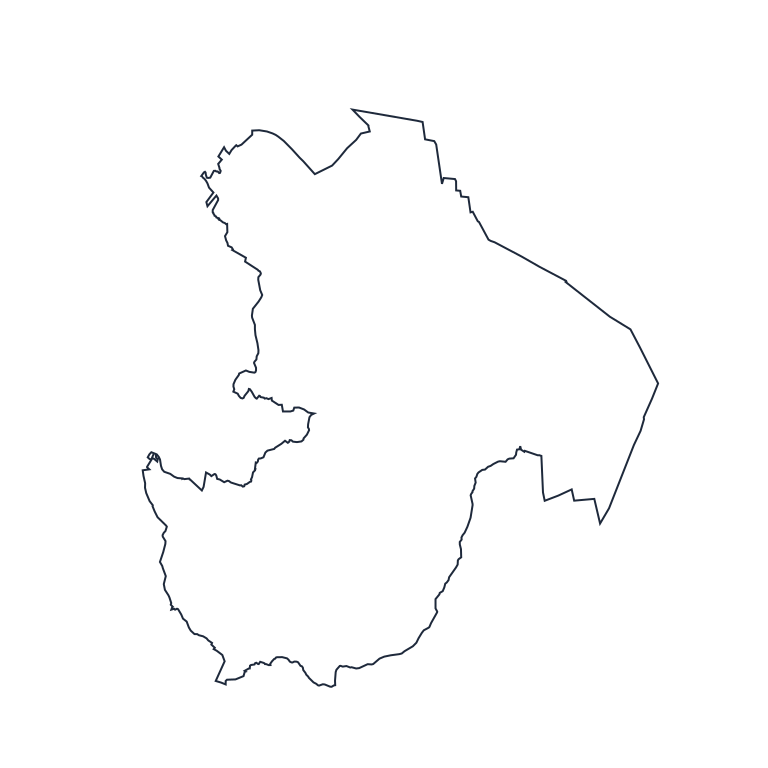 Emiliano Zapata, Hidalgo, Mexico (Natural Earth projection), rotated 345°
{"feature_id": "50627088B36596593410465", "entity_name": "Emiliano Zapata", "entity_type": "district", "adm_level": 2, "iso_a3": "MEX", "parent_name": "Mexico", "parent_adm1": "Hidalgo", "projection": "natural_earth1", "projection_center": [-98.616, 19.664], "detail": "fine", "context": "isolated", "style": "outline", "palette": "slate", "viewbox_px": 768, "rotation_deg": 345, "n_neighbors": 0, "source": "geoboundaries", "source_scale": "gbopen_adm2", "svg_char_len": 6166}
<svg xmlns="http://www.w3.org/2000/svg" viewBox="0 0 768 768"><g transform="rotate(345 384 384)"><path d="M522.3,271.6L517.7,252.1L516.7,251.1L514.3,240.6L512.0,240.6L513.8,225.4L507.1,222.9L507.6,217.1L503.8,215.7L506.1,206.8L505.6,204.4L495.0,200.5L491.8,205.7L496.4,166.2L495.4,162.4L487.0,158.3L489.1,140.9L484.1,138.3L424.6,110.8L429.6,119.8L435.9,130.3L435.6,131.2L435.6,136.4L426.5,136.1L420.3,141.0L409.4,146.7L398.0,154.9L390.4,159.6L371.5,163.4L363.6,147.8L361.1,143.6L355.9,133.5L350.1,123.3L345.9,117.7L343.9,115.4L341.2,113.1L336.3,109.8L329.2,106.6L322.3,105.1L321.2,109.1L308.3,115.9L304.1,116.6L303.1,115.1L302.3,115.5L297.3,118.6L294.1,121.7L291.7,117.8L290.8,113.9L282.9,121.4L285.4,125.3L280.8,128.5L281.0,132.7L280.8,133.6L281.4,135.9L280.3,137.6L279.4,137.6L278.4,135.7L277.0,135.3L276.3,134.4L274.8,134.1L269.6,139.7L267.6,139.5L266.4,139.0L266.2,138.2L266.1,135.6L266.4,133.6L266.0,132.7L264.8,133.0L261.4,135.8L261.9,136.1L262.4,137.6L263.8,139.6L264.7,141.8L265.4,144.5L265.8,149.0L268.8,154.9L259.5,162.3L259.5,166.6L270.9,158.6L271.8,161.8L271.4,163.4L263.6,171.6L263.0,173.7L263.4,174.3L263.2,175.1L263.9,176.5L263.8,177.5L265.1,178.7L265.2,179.8L266.8,180.8L266.5,181.0L266.8,181.8L267.3,181.4L267.7,181.7L267.6,183.0L268.3,183.4L270.3,186.2L271.9,187.3L272.9,188.8L273.9,188.8L272.0,196.8L268.7,200.0L268.7,204.4L269.3,207.2L269.1,210.1L272.2,212.6L272.9,214.9L272.1,215.3L283.3,226.3L281.5,229.8L291.7,241.1L292.0,242.0L293.3,243.1L293.7,245.2L293.1,246.3L290.3,248.3L289.5,250.8L288.7,261.4L289.4,266.5L287.9,268.5L284.2,271.9L276.8,277.4L274.1,283.8L273.8,285.8L274.6,293.5L273.5,297.6L272.5,303.6L272.3,311.8L271.5,318.8L270.6,321.7L268.2,324.3L267.1,327.3L264.7,328.9L263.9,330.0L264.6,335.2L263.9,337.8L262.8,339.3L261.7,339.5L257.0,337.4L254.1,335.2L246.8,336.4L246.1,337.7L241.6,341.4L238.6,345.2L237.9,347.5L238.0,350.3L236.5,352.4L240.2,355.5L240.7,357.8L241.9,360.3L243.5,361.3L244.8,361.1L246.3,359.3L251.1,355.8L252.2,353.8L253.1,354.3L254.2,357.1L255.7,363.0L256.6,364.6L257.3,365.2L260.4,363.0L261.0,363.4L261.4,364.7L264.4,366.1L265.0,367.2L266.8,367.3L268.5,368.7L271.8,368.4L271.4,371.0L276.7,376.9L279.9,377.6L279.3,384.4L286.4,386.3L289.5,386.2L291.2,383.6L295.8,384.7L300.2,387.9L303.4,391.9L308.8,394.4L305.7,395.0L303.4,396.8L300.3,403.2L299.3,406.2L299.8,407.8L299.7,409.2L296.4,413.0L292.3,415.7L291.7,417.0L289.4,418.1L284.9,417.6L281.1,416.1L280.0,414.4L278.4,413.8L277.5,415.2L275.9,415.9L273.7,413.2L269.4,415.2L262.3,417.4L261.2,418.3L254.2,418.2L251.7,419.5L248.6,423.6L245.5,424.0L243.9,423.6L242.9,424.4L242.2,426.0L241.5,426.7L240.5,427.3L239.8,426.7L237.1,433.3L237.5,433.3L237.1,434.0L234.6,435.5L232.4,439.9L230.8,441.7L231.0,442.5L230.4,443.8L229.2,443.8L225.7,445.1L223.4,445.1L222.5,446.6L221.1,446.6L219.8,444.8L218.7,444.7L211.8,440.3L210.5,439.4L209.1,437.6L207.8,436.9L204.2,437.5L200.6,433.7L198.3,432.5L198.3,428.9L197.8,427.5L196.9,427.1L193.4,428.3L192.3,426.4L189.2,423.4L183.1,436.7L180.5,439.7L171.8,425.8L171.5,425.8L171.3,424.9L166.5,424.2L165.4,423.3L164.7,423.4L164.8,423.0L160.2,421.4L157.3,419.2L154.3,415.5L149.0,411.9L147.6,409.0L147.4,405.3L148.1,399.0L147.6,396.2L146.3,393.2L145.4,392.5L144.8,396.2L146.1,397.8L144.9,400.2L142.4,396.6L140.6,395.5L143.9,391.4L141.6,389.7L139.2,391.2L136.8,393.7L138.1,395.7L139.8,396.9L133.7,402.7L133.6,403.1L135.2,405.7L128.6,404.9L127.9,410.6L127.6,418.0L126.3,422.4L126.2,425.3L126.1,427.8L127.3,436.5L129.3,441.3L128.8,442.2L129.5,447.8L130.8,454.1L136.9,464.4L137.3,465.6L134.8,469.5L132.8,470.7L131.0,472.7L130.8,474.2L132.3,479.2L131.4,481.9L127.2,489.3L121.5,497.9L122.7,502.4L122.7,504.6L123.5,513.1L119.5,520.3L119.1,526.1L121.1,532.3L121.5,534.7L121.8,540.5L120.9,542.0L122.3,544.5L121.7,544.7L120.2,546.9L123.1,546.8L123.8,547.9L125.9,547.5L126.8,548.2L128.5,554.2L129.1,558.6L131.9,562.4L132.5,568.7L133.5,572.2L136.2,576.5L138.9,577.3L140.1,578.7L144.0,580.9L146.8,583.8L147.9,586.2L150.9,589.6L149.8,591.0L152.3,595.0L150.9,596.0L153.4,598.4L157.7,603.9L158.3,610.6L144.6,627.3L149.3,630.2L153.3,633.2L154.2,629.9L155.8,629.0L164.1,630.9L172.7,629.8L174.7,626.5L175.2,625.9L175.8,625.9L175.1,625.0L179.9,623.8L180.7,624.0L181.7,621.4L182.9,621.0L186.3,621.4L187.3,620.3L188.5,620.2L189.9,621.9L190.5,622.1L192.5,620.3L195.5,622.2L196.3,622.9L196.5,623.7L197.7,624.1L199.9,625.7L201.6,626.1L201.7,624.8L204.0,622.9L206.7,621.2L207.9,621.1L208.7,620.3L209.9,620.2L215.0,621.5L219.3,623.9L220.4,625.6L221.2,627.8L222.6,629.0L223.6,629.3L225.5,628.9L227.8,629.6L229.0,630.6L230.4,634.6L231.6,635.4L232.2,636.9L232.0,639.5L233.3,642.6L233.7,644.7L235.1,647.1L235.3,648.2L238.7,654.0L241.0,656.1L242.2,657.9L243.2,658.5L247.2,658.2L249.0,658.9L253.6,662.4L255.1,662.9L257.4,662.2L258.9,662.3L259.9,657.9L262.8,649.7L264.1,647.7L268.3,644.9L269.1,645.0L271.0,646.3L274.7,646.7L278.0,649.1L279.4,649.2L283.5,651.6L286.5,652.0L295.7,650.4L299.5,651.7L301.1,651.7L308.6,648.1L313.7,647.4L320.4,647.8L328.9,648.9L331.4,648.9L334.7,647.4L344.0,644.8L348.3,642.3L351.6,638.5L356.1,634.2L358.7,632.2L363.4,631.1L364.7,630.7L365.5,629.8L367.6,627.1L376.2,618.3L376.5,617.6L375.7,614.1L378.1,605.1L383.0,601.6L383.8,600.2L387.1,599.3L389.6,596.1L391.5,592.7L393.2,592.0L395.6,590.1L396.9,587.5L406.0,579.9L408.4,577.5L409.7,573.5L410.8,572.5L413.7,571.4L415.6,563.5L415.7,558.6L416.3,556.2L418.7,554.4L419.1,552.3L420.8,550.4L423.4,548.5L427.6,543.5L433.0,535.6L438.2,524.0L438.5,522.8L438.9,513.9L440.0,512.5L441.4,511.5L441.7,510.5L444.0,508.4L444.9,505.8L447.0,503.0L447.5,498.8L449.2,497.6L450.9,495.0L452.4,493.9L456.7,492.4L459.4,492.8L463.1,490.9L465.8,490.7L468.9,489.6L474.1,488.5L476.0,488.6L481.3,490.6L483.9,488.8L485.7,488.5L489.9,489.3L493.2,486.5L494.0,484.4L495.5,481.8L497.9,482.1L499.5,479.3L499.4,482.9L502.0,485.8L502.7,485.0L514.0,492.6L515.6,493.0L517.4,494.2L509.5,529.9L509.0,538.4L523.5,536.9L538.0,534.4L537.5,545.9L557.4,549.4L556.6,574.7L569.2,562.3L609.6,507.6L619.7,495.7L626.0,485.4L626.3,483.3L639.1,467.5L648.9,454.4L640.7,415.0L636.2,395.0L619.6,377.5L586.0,332.7L586.7,332.6L586.6,331.5L564.6,311.1L550.1,296.7L527.5,275.7L524.1,273.4L522.3,271.6Z" fill="none" stroke="#1e293b" stroke-width="2"/></g></svg>